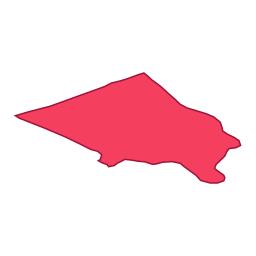 Norsjö, Västerbotten, Sweden
{"feature_id": "70781695B82980713589977", "entity_name": "Norsjö", "entity_type": "district", "adm_level": 2, "iso_a3": "SWE", "parent_name": "Sweden", "parent_adm1": "Västerbotten", "projection": "robinson", "projection_center": [19.643, 64.943], "detail": "fine", "context": "isolated", "style": "filled", "palette": "rose", "viewbox_px": 256, "rotation_deg": 0, "n_neighbors": 0, "source": "geoboundaries", "source_scale": "gbopen_adm2", "svg_char_len": 947}
<svg xmlns="http://www.w3.org/2000/svg" viewBox="0 0 256 256"><path d="M111.3,83.1L104.5,86.6L77.3,96.4L50.2,106.2L28.6,111.8L15.4,115.7L19.3,118.2L41.8,127.0L64.6,136.6L79.8,143.9L90.7,149.4L97.7,151.3L101.7,154.7L100.3,159.6L98.3,160.7L102.3,162.9L107.0,164.5L108.6,166.7L114.2,165.6L117.2,163.3L121.2,161.3L124.9,159.4L131.8,160.1L138.5,161.3L144.8,161.8L152.4,164.3L156.4,163.9L162.7,162.2L172.0,161.6L180.3,163.3L183.6,166.2L190.3,171.1L196.3,175.5L200.6,180.4L210.2,183.0L217.5,183.0L223.8,180.8L224.8,177.7L223.8,175.3L218.8,171.7L214.5,168.5L216.2,164.3L219.1,161.6L224.8,156.0L226.7,151.8L229.0,148.6L236.0,147.7L240.6,145.4L239.0,140.7L234.3,137.5L227.3,134.1L222.7,130.9L222.0,127.4L220.3,122.3L213.7,116.9L206.1,113.7L197.5,111.1L187.2,108.0L180.2,104.3L174.6,98.9L169.6,94.6L161.7,87.3L157.4,83.9L151.8,79.9L147.5,75.9L143.9,73.0L138.1,74.8L125.7,79.3L120.3,80.9L111.3,83.1Z" fill="#f43f5e" stroke="#9f1239" stroke-width="1.5"/></svg>